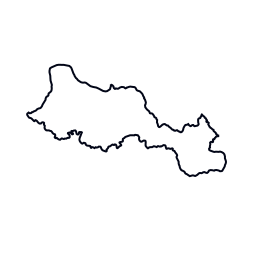 Cumbitara, Nariño, Colombia, rotated 134°
{"feature_id": "7082276B90386853477374", "entity_name": "Cumbitara", "entity_type": "district", "adm_level": 2, "iso_a3": "COL", "parent_name": "Colombia", "parent_adm1": "Nariño", "projection": "natural_earth1", "projection_center": [-77.6, 1.741], "detail": "fine", "context": "isolated", "style": "outline", "palette": "ink", "viewbox_px": 256, "rotation_deg": 134, "n_neighbors": 0, "source": "geoboundaries", "source_scale": "gbopen_adm2", "svg_char_len": 5834}
<svg xmlns="http://www.w3.org/2000/svg" viewBox="0 0 256 256"><g transform="rotate(134 128 128)"><path d="M120.4,53.9L119.7,50.1L117.3,48.7L116.7,48.0L116.0,46.6L115.6,46.2L113.5,45.6L111.6,45.5L110.8,45.3L110.2,44.8L109.4,43.7L108.5,43.3L107.7,43.2L106.7,42.5L105.9,40.6L105.4,39.9L104.0,39.7L102.7,40.1L102.1,40.1L100.8,39.3L99.8,38.0L98.9,36.5L98.5,36.2L97.9,36.2L96.7,35.1L95.5,33.1L95.3,32.0L94.8,31.4L93.8,30.6L93.2,30.5L88.5,31.7L87.3,32.5L85.8,33.0L84.5,33.8L83.8,34.6L82.4,37.3L81.1,38.5L80.0,40.4L79.8,42.1L80.3,44.0L81.1,45.5L82.0,46.0L84.0,48.3L85.2,49.2L85.7,50.0L87.1,53.1L87.3,54.4L87.0,54.8L86.4,55.4L85.1,55.4L84.3,56.4L82.2,57.7L81.8,58.5L81.4,58.8L80.4,58.7L79.7,58.0L79.5,57.4L79.2,57.2L78.6,57.4L77.6,58.6L77.1,58.9L76.7,58.8L76.1,58.1L74.9,58.6L74.2,58.4L73.1,58.7L72.3,58.3L71.2,57.4L70.7,57.9L71.2,58.7L70.9,59.9L71.1,60.7L70.5,61.6L70.7,64.2L69.9,65.3L70.3,66.0L70.3,68.0L70.6,68.9L70.4,69.6L70.5,70.2L69.9,71.7L69.7,72.7L69.4,73.0L68.3,73.4L68.3,74.9L68.5,75.2L69.0,75.4L69.0,76.0L68.6,76.4L68.1,76.2L67.8,76.3L67.5,76.9L67.3,78.2L67.0,78.7L67.3,79.9L66.8,80.9L67.1,82.0L67.0,84.2L67.8,84.1L68.9,83.4L69.9,83.4L70.6,83.0L72.1,83.7L72.9,83.6L73.5,83.2L75.2,81.4L76.1,79.9L76.6,79.7L77.4,79.6L78.0,79.7L80.4,81.3L80.6,81.8L80.5,83.1L81.2,83.8L82.6,84.0L83.3,84.4L83.6,86.1L83.3,87.4L84.7,87.8L85.9,88.8L87.7,88.6L89.6,88.0L91.0,87.1L92.1,86.7L93.1,86.6L93.9,86.7L94.7,87.5L94.7,88.3L95.1,88.8L95.4,90.0L95.4,91.0L95.9,91.5L96.9,91.9L97.8,92.9L97.7,94.0L98.2,94.6L98.4,95.3L98.3,97.7L98.6,98.8L98.5,101.1L99.2,101.9L99.6,104.3L100.5,105.0L101.6,105.5L104.5,105.7L105.5,106.0L105.8,106.5L105.7,107.6L104.6,109.3L103.8,111.1L102.0,112.6L101.9,113.6L101.3,114.5L101.3,115.0L101.8,116.5L101.3,117.5L101.2,118.2L100.9,118.9L100.8,120.5L101.1,121.2L102.0,122.1L102.1,122.6L101.3,124.3L101.5,127.2L101.1,129.9L99.8,131.6L98.5,132.0L97.1,133.0L95.7,135.7L95.6,136.9L94.8,137.6L94.6,138.8L93.6,141.1L93.4,142.6L93.4,145.0L94.5,147.1L94.7,148.0L93.9,150.5L94.0,151.6L96.7,155.2L98.3,156.2L99.1,156.5L99.8,157.0L100.1,156.9L101.2,157.3L101.4,157.9L101.4,158.9L101.9,159.9L102.9,161.1L104.5,161.9L106.4,162.3L107.2,163.0L108.0,164.3L108.8,164.4L109.0,164.6L109.1,165.9L108.5,167.0L108.2,167.3L108.1,169.0L108.5,170.0L109.1,170.1L109.8,169.3L111.1,168.8L112.3,168.0L112.7,167.9L115.9,168.6L117.2,169.5L118.1,170.8L118.7,171.8L120.0,176.4L120.9,178.9L122.7,181.6L124.0,184.1L124.7,189.6L125.3,190.7L126.7,191.9L127.3,192.8L127.8,193.8L128.4,197.1L128.1,199.0L128.2,200.1L127.7,202.4L127.2,203.3L126.7,205.1L124.4,209.9L124.0,211.1L124.1,213.3L127.1,217.9L130.7,221.8L132.3,223.0L137.4,225.1L138.6,225.4L139.3,225.5L139.7,225.3L141.5,224.1L142.6,223.0L144.4,220.2L146.2,218.3L147.7,216.6L149.9,212.7L151.6,211.5L152.1,210.7L153.7,209.4L154.7,208.9L155.8,208.8L158.1,209.1L158.8,208.8L159.7,208.0L160.4,207.9L161.1,207.9L161.9,208.3L162.8,208.2L163.9,207.8L165.0,206.9L170.5,205.7L172.2,205.0L174.0,204.8L174.8,205.0L176.0,205.8L177.5,206.4L179.0,206.3L180.5,206.8L181.7,207.4L182.9,207.6L183.4,208.1L184.6,208.1L185.7,209.0L185.9,210.2L187.5,210.4L188.1,210.2L188.7,209.3L189.2,206.8L189.2,206.1L188.6,205.2L188.2,204.1L188.3,200.4L188.0,200.0L186.8,200.1L186.5,199.9L186.2,198.6L186.5,196.2L186.3,194.8L185.3,193.8L184.0,193.8L183.4,193.5L183.0,193.2L182.6,192.2L182.7,191.8L183.5,191.3L184.0,190.7L184.2,189.4L185.6,188.4L186.3,187.4L186.5,185.9L186.4,185.1L184.6,183.1L184.2,182.1L183.6,181.1L183.6,180.3L184.0,178.6L183.9,177.4L183.3,176.1L183.7,175.3L185.6,174.3L185.7,173.9L185.7,173.3L185.4,172.8L185.0,172.9L184.6,172.5L184.5,170.6L184.1,169.4L183.6,168.7L181.7,168.5L181.2,167.9L180.9,167.1L180.4,166.4L179.6,166.2L178.5,165.0L177.2,164.7L176.1,163.6L175.3,163.5L174.2,164.4L173.7,165.7L173.7,167.4L173.2,167.7L171.9,167.0L171.4,166.4L171.3,165.7L171.4,164.2L171.3,163.8L171.0,163.5L170.5,163.4L170.2,163.8L170.1,164.1L170.4,164.6L170.3,165.4L170.0,166.1L169.6,166.5L169.2,166.4L168.4,165.5L167.5,165.2L166.4,164.3L166.3,163.8L166.8,162.6L167.9,160.9L167.8,159.9L167.1,159.3L166.8,159.3L166.0,159.5L165.3,160.1L164.8,160.2L164.3,159.8L163.3,158.6L163.2,158.2L163.3,158.0L164.2,157.8L166.4,156.8L168.4,156.0L169.9,155.1L170.6,154.2L171.0,153.3L171.3,151.7L171.1,150.2L170.8,149.9L169.4,149.6L168.7,148.6L168.6,147.8L169.2,147.1L169.3,146.6L169.1,145.2L167.5,143.2L167.2,142.6L167.3,142.2L167.9,141.4L167.9,140.7L167.7,140.6L167.1,140.7L166.7,140.6L166.1,139.6L165.7,138.1L164.3,137.9L163.9,137.0L163.5,136.7L162.6,136.2L161.7,136.1L160.7,135.0L160.7,134.2L161.3,133.0L161.7,131.5L161.6,130.6L160.5,128.0L160.0,127.4L159.5,127.3L159.2,127.4L158.5,128.4L156.5,128.4L155.2,129.0L154.6,128.9L153.9,128.3L150.8,127.7L150.4,127.3L150.1,126.4L149.7,126.1L149.0,126.1L148.5,125.4L148.5,124.7L148.8,124.0L150.0,122.3L150.0,121.8L149.7,121.5L147.2,121.4L145.3,120.8L145.0,121.0L144.7,121.9L144.6,123.5L144.4,124.0L144.1,124.1L143.2,123.6L141.9,122.7L141.3,122.5L140.8,122.7L139.7,123.9L139.3,124.1L138.3,123.9L137.9,123.7L136.3,123.7L131.7,121.4L128.8,118.3L128.3,118.3L127.8,117.9L126.4,115.9L126.7,114.1L126.9,113.4L128.2,112.5L128.7,111.7L129.0,110.8L129.0,109.6L128.6,108.9L128.2,108.6L126.3,108.1L125.4,107.2L125.2,106.7L125.2,106.4L125.8,105.5L128.1,103.5L128.6,102.8L128.9,100.9L128.8,99.6L128.5,99.4L127.2,99.3L126.0,98.4L125.1,97.4L123.1,96.7L122.0,94.7L121.8,94.1L120.3,93.9L120.0,93.6L119.5,92.5L118.7,91.7L118.4,91.7L118.2,91.3L117.4,91.0L115.7,90.6L114.8,89.5L114.7,89.0L114.8,88.5L115.7,87.2L116.2,86.2L116.2,85.9L116.0,85.6L114.8,85.1L114.1,84.1L113.7,83.1L112.0,82.1L111.8,81.8L111.8,81.4L112.6,80.8L112.8,80.5L112.8,79.8L112.3,78.8L112.3,78.3L112.7,77.2L113.0,75.0L113.3,74.0L113.7,73.5L115.1,73.0L115.6,72.3L117.0,68.3L118.5,66.7L119.2,65.4L119.3,64.8L120.5,63.1L121.2,61.0L121.1,59.7L120.9,59.5L120.3,57.3L120.4,56.4L120.8,55.4L120.8,54.8L120.4,53.9Z" fill="none" stroke="#020617" stroke-width="2"/></g></svg>